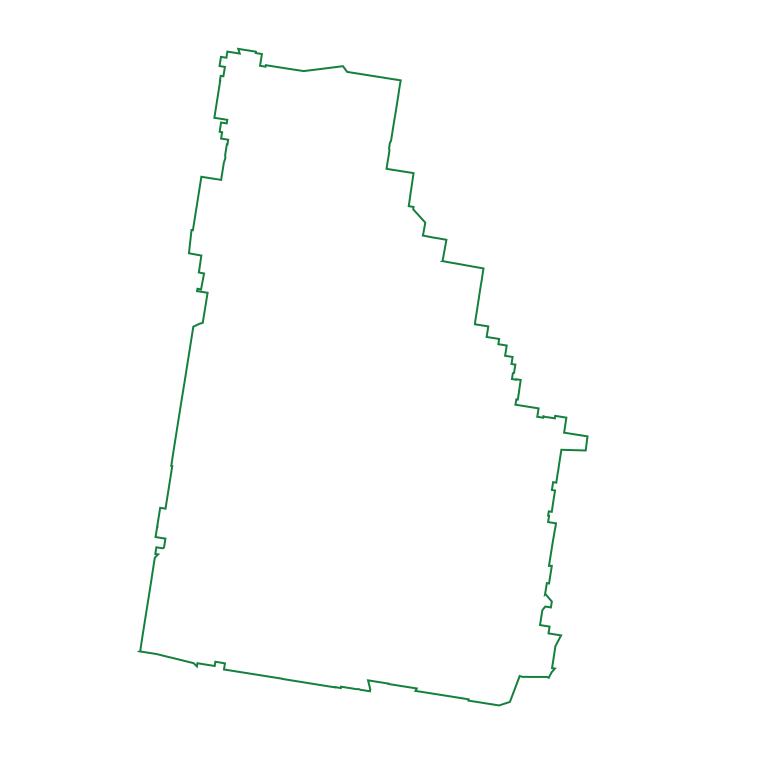 the district of Katanning, Western Australia, Australia, rotated 99°
{"feature_id": "25037944B94110641032660", "entity_name": "Katanning", "entity_type": "district", "adm_level": 2, "iso_a3": "AUS", "parent_name": "Australia", "parent_adm1": "Western Australia", "projection": "equal_earth", "projection_center": [117.615, -33.625], "detail": "fine", "context": "isolated", "style": "outline", "palette": "green", "viewbox_px": 768, "rotation_deg": 99, "n_neighbors": 0, "source": "geoboundaries", "source_scale": "gbopen_adm2", "svg_char_len": 4146}
<svg xmlns="http://www.w3.org/2000/svg" viewBox="0 0 768 768"><g transform="rotate(99 384 384)"><path d="M648.7,583.1L662.2,583.1L671.5,583.1L685.9,583.0L686.3,583.5L686.3,566.2L687.4,553.7L687.6,550.6L689.5,528.4L692.2,524.6L689.0,524.6L689.0,507.1L684.7,507.1L684.7,506.9L684.8,497.4L691.0,497.4L691.0,497.1L691.0,465.5L691.0,460.1L691.0,438.6L691.2,438.4L691.3,391.6L691.3,385.3L691.3,384.8L691.0,384.9L691.1,379.1L689.7,379.1L689.7,363.3L689.3,361.2L689.7,359.3L689.7,349.8L687.7,349.8L679.2,353.4L679.2,353.1L679.2,332.6L679.6,332.6L679.6,304.0L682.2,304.9L682.2,251.3L682.2,251.1L683.5,251.1L683.5,220.1L678.3,209.9L651.2,204.3L651.6,201.3L647.8,176.9L648.3,175.6L648.4,175.3L642.6,173.4L638.3,170.7L638.3,173.6L629.3,173.6L616.3,173.7L604.6,169.8L604.6,182.5L600.9,182.5L597.7,182.5L597.7,192.2L582.6,192.2L578.6,189.9L578.6,184.2L572.9,184.2L572.6,184.2L566.1,191.8L566.4,192.0L555.2,192.0L555.2,189.8L546.5,189.8L537.4,189.8L537.8,192.6L537.7,192.6L516.7,192.6L513.6,192.6L501.1,192.4L498.9,192.3L494.7,192.3L494.7,200.3L488.3,200.3L488.3,201.3L484.0,201.3L484.0,198.3L473.2,198.4L462.4,198.4L462.4,201.6L460.1,201.6L454.5,201.6L454.5,198.4L444.0,198.5L443.4,198.4L436.2,198.5L421.2,198.5L420.3,191.2L418.1,174.4L403.9,174.8L403.9,198.5L388.7,198.6L388.7,209.7L388.7,209.9L391.2,209.9L391.2,216.9L391.4,219.0L390.9,221.5L392.4,221.5L392.4,227.5L383.9,227.5L383.9,240.4L383.9,250.9L378.5,250.9L378.5,249.4L370.0,249.4L369.9,249.4L369.9,249.5L358.6,249.6L358.6,254.2L359.1,254.2L359.1,258.4L353.2,258.4L352.7,257.3L344.3,257.3L344.3,261.2L337.2,261.2L337.2,268.8L326.8,268.8L326.8,277.3L321.5,277.3L321.5,290.0L310.8,290.0L310.8,303.5L308.3,303.7L306.2,303.7L301.0,303.7L298.4,303.7L295.8,303.7L293.0,303.7L289.8,303.7L287.3,303.8L284.8,303.7L281.6,303.8L277.6,303.8L274.0,303.8L269.4,303.8L265.6,303.7L263.5,303.8L260.8,303.8L257.8,303.8L256.0,303.8L254.3,303.8L254.2,306.3L254.2,310.3L254.1,311.9L254.1,312.4L254.1,315.7L254.0,318.1L254.0,321.0L253.9,323.8L253.8,327.8L253.7,332.2L253.7,335.7L253.6,340.0L253.6,341.1L253.6,341.5L253.5,341.9L253.5,342.3L253.5,342.5L253.5,343.6L253.5,344.6L253.5,345.5L253.4,345.4L232.0,344.9L231.8,344.9L231.6,356.3L231.7,356.5L231.5,363.4L231.3,367.0L231.3,368.8L228.5,368.7L221.0,368.5L220.3,368.5L218.2,368.5L217.8,368.9L206.9,382.5L204.5,382.5L204.5,383.9L204.5,387.4L203.1,387.4L201.6,387.4L194.7,387.5L192.0,387.6L190.6,387.6L189.8,387.6L186.4,387.6L171.1,387.8L171.1,393.8L171.1,396.2L171.1,399.8L171.1,403.1L171.1,409.5L171.1,411.6L171.1,414.1L171.1,414.8L171.1,415.1L169.4,415.2L166.5,415.2L155.9,415.1L152.4,415.2L152.2,415.2L151.9,415.2L151.2,415.6L150.8,415.8L150.5,415.8L150.0,415.9L148.8,415.8L146.0,415.9L145.3,415.9L144.9,415.9L144.6,415.8L144.0,415.6L143.5,415.4L143.1,415.2L142.9,415.1L142.6,415.1L142.4,415.1L139.6,415.1L136.4,415.1L134.9,415.1L132.7,415.1L128.4,415.1L125.5,415.1L121.8,415.1L116.5,415.0L112.2,415.0L109.1,415.0L106.2,415.0L100.1,415.0L96.5,415.0L90.6,415.1L81.5,415.0L81.5,442.0L81.5,447.5L81.5,452.8L81.5,469.2L76.5,474.3L78.1,479.7L84.4,501.4L87.5,512.3L87.6,530.8L87.6,550.6L89.1,550.6L89.1,556.2L77.2,556.2L77.2,562.4L75.9,562.4L75.8,562.6L75.8,580.4L80.2,578.2L80.2,578.3L80.2,590.7L86.4,590.7L86.4,596.2L95.7,596.2L95.7,590.7L105.2,590.8L105.2,593.5L110.2,593.5L110.2,593.2L128.1,593.2L147.6,593.2L147.6,580.1L151.2,580.1L151.2,585.8L160.6,585.8L160.6,583.3L167.1,583.3L167.1,576.1L171.9,576.1L171.9,576.7L182.9,576.7L185.6,576.0L190.4,576.8L207.9,576.8L207.9,596.8L227.5,596.8L255.6,596.8L262.0,596.8L262.0,598.2L285.4,597.1L285.7,584.5L293.2,584.4L299.8,584.3L302.8,584.4L303.0,579.0L319.2,579.5L319.1,583.1L321.5,583.2L321.5,572.5L351.9,572.6L353.3,575.5L357.2,581.3L377.6,581.3L394.9,581.3L412.2,581.3L429.7,581.4L461.9,581.4L476.8,581.4L486.4,581.4L498.2,581.3L498.2,580.3L498.3,580.3L511.1,580.3L512.1,580.3L516.4,580.3L525.8,580.3L527.1,580.3L534.0,580.3L541.3,580.3L541.3,585.7L560.2,585.7L560.2,585.4L560.9,585.4L560.9,585.7L569.2,585.7L570.9,585.7L570.9,575.7L579.9,575.7L580.9,576.9L580.9,583.3L587.6,583.3L587.6,580.5L591.4,583.2L597.7,583.2L598.0,583.2L614.2,583.1L638.6,583.1L648.7,583.1Z" fill="none" stroke="#15803d" stroke-width="2"/></g></svg>